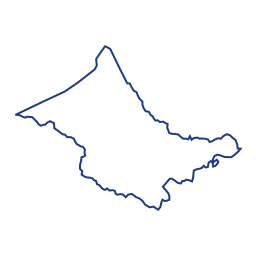 outline of Turvo, Santa Catarina, Brazil
{"feature_id": "56859067B30250296279332", "entity_name": "Turvo", "entity_type": "district", "adm_level": 2, "iso_a3": "BRA", "parent_name": "Brazil", "parent_adm1": "Santa Catarina", "projection": "equal_earth", "projection_center": [-49.676, -28.894], "detail": "fine", "context": "isolated", "style": "outline", "palette": "blue", "viewbox_px": 256, "rotation_deg": 0, "n_neighbors": 0, "source": "geoboundaries", "source_scale": "gbopen_adm2", "svg_char_len": 2344}
<svg xmlns="http://www.w3.org/2000/svg" viewBox="0 0 256 256"><path d="M212.6,162.9L213.0,159.2L214.4,156.1L217.2,154.7L219.9,155.2L222.5,156.2L224.6,157.0L227.7,157.1L231.0,157.2L233.4,155.8L235.3,154.1L237.6,152.1L239.1,150.6L240.6,148.7L237.7,148.5L237.2,144.4L235.5,140.0L232.6,137.8L230.1,135.4L227.0,134.2L223.6,135.9L220.8,138.7L217.8,138.3L215.0,139.5L212.4,141.1L209.6,142.0L208.0,139.5L205.5,138.8L202.1,138.5L199.4,138.6L197.5,137.6L193.9,138.0L191.6,139.8L189.9,136.2L188.4,139.3L185.8,138.7L183.1,138.7L180.0,136.2L178.3,134.5L176.2,134.2L174.0,133.8L171.6,133.8L169.2,133.0L168.3,130.4L167.2,127.9L167.6,124.0L165.4,123.1L163.2,121.7L159.9,122.0L157.6,120.3L155.5,120.6L153.9,118.7L152.8,116.5L150.7,115.0L148.8,111.8L145.6,111.2L143.6,108.1L142.5,105.0L142.4,101.6L139.5,98.7L137.7,95.3L136.6,92.3L133.5,90.5L131.7,87.4L129.8,83.5L127.2,83.3L120.7,70.5L110.3,49.1L107.0,47.1L105.0,46.3L97.9,56.4L96.2,58.9L96.4,62.0L96.8,65.4L94.8,69.3L78.5,82.1L67.3,89.8L64.8,91.5L43.1,101.6L15.4,114.9L18.1,114.9L20.4,115.5L22.9,116.9L25.2,117.6L27.0,116.6L29.4,116.9L32.3,117.2L34.7,119.7L36.8,121.7L38.7,124.4L40.9,125.7L43.3,124.8L45.4,124.6L47.1,122.7L50.0,121.2L53.8,123.0L54.5,128.4L56.9,130.0L59.7,132.0L62.8,134.4L64.9,134.6L67.2,137.1L70.9,137.2L74.0,138.8L74.9,141.2L76.8,144.1L79.0,145.3L80.8,146.4L83.0,146.9L84.9,149.6L84.5,152.8L85.3,155.5L83.5,156.7L81.5,157.2L81.2,160.3L80.0,165.2L80.0,168.9L82.3,171.3L81.6,174.6L84.7,176.6L86.6,177.4L89.5,177.6L92.5,178.4L94.0,180.1L96.2,181.1L96.9,184.0L99.6,185.4L101.4,187.5L103.0,189.1L105.0,189.9L107.0,188.5L109.6,190.5L112.7,190.2L114.8,190.8L115.6,193.6L117.5,194.7L120.5,194.1L123.0,194.5L125.7,197.2L128.3,194.6L131.6,193.9L134.3,195.7L136.2,197.2L139.4,198.4L142.6,201.0L144.9,204.4L147.5,206.1L149.8,207.3L153.4,206.6L156.0,208.3L158.2,209.7L160.3,207.0L161.5,202.1L162.5,199.7L164.7,201.0L166.8,200.7L169.3,199.8L169.4,196.2L168.3,193.2L162.9,186.8L169.7,178.8L172.0,178.7L175.0,180.7L177.7,182.8L180.8,183.5L182.4,181.0L184.4,181.0L186.1,179.7L188.6,180.1L192.0,181.4L193.1,177.6L193.5,173.6L193.8,170.6L196.0,169.5L197.9,169.0L199.9,168.7L201.9,167.8L203.8,165.8L205.7,167.5L207.9,166.9L208.6,162.7L210.9,161.1L212.6,162.9ZM212.6,162.9L213.2,166.6L215.2,166.0L217.1,164.1L218.3,161.8L216.8,159.8L214.6,161.2L212.6,162.9Z" fill="none" stroke="#1e3a8a" stroke-width="2"/></svg>